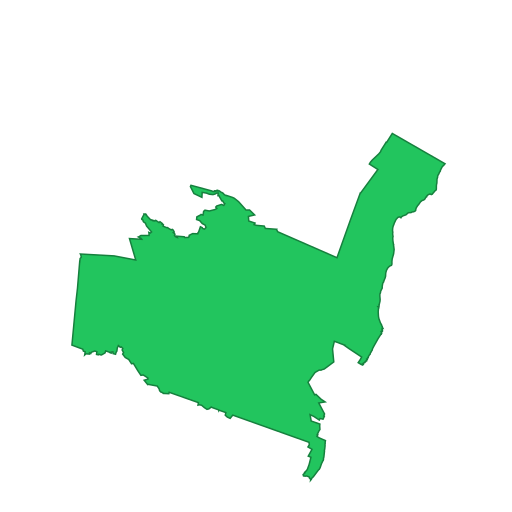 Salacgrīvas pag., Salacgrivas, Latvia (Robinson projection), rotated 208°
{"feature_id": "27541924B75150818202783", "entity_name": "Salacgrīvas pag.", "entity_type": "district", "adm_level": 2, "iso_a3": "LVA", "parent_name": "Latvia", "parent_adm1": "Salacgrivas", "projection": "robinson", "projection_center": [24.43, 57.695], "detail": "fine", "context": "isolated", "style": "filled", "palette": "green", "viewbox_px": 512, "rotation_deg": 208, "n_neighbors": 0, "source": "geoboundaries", "source_scale": "gbopen_adm2", "svg_char_len": 6067}
<svg xmlns="http://www.w3.org/2000/svg" viewBox="0 0 512 512"><g transform="rotate(208 256 256)"><path d="M412.0,175.3L411.2,174.7L409.7,172.9L410.1,171.2L408.9,168.2L409.0,168.2L398.4,143.5L393.9,132.1L376.7,90.9L365.2,92.4L363.8,91.0L361.8,91.2L360.8,88.2L360.2,89.8L356.8,91.3L357.5,92.4L356.4,92.6L356.5,92.7L355.6,94.5L354.4,95.6L353.9,96.4L351.6,96.8L350.6,94.2L348.8,94.7L348.7,95.4L346.2,95.9L345.5,96.8L343.8,99.6L344.2,101.6L340.7,102.2L339.4,102.1L338.4,102.3L338.9,103.0L337.4,104.2L336.4,102.7L333.9,103.3L334.3,105.1L334.2,106.7L335.3,109.7L335.5,112.3L333.0,111.7L332.3,112.5L330.2,111.9L330.1,110.2L327.6,108.6L327.7,106.8L323.8,105.0L319.8,104.9L315.3,102.4L313.8,103.6L306.6,99.3L301.6,96.6L299.7,98.0L294.3,97.6L293.6,96.6L296.4,93.8L291.2,91.6L290.8,92.1L282.2,94.8L279.1,93.2L278.3,92.2L277.4,91.6L276.1,91.2L275.3,91.4L273.9,91.4L273.4,91.1L268.3,93.5L268.7,94.9L238.0,99.5L237.2,97.1L236.2,98.0L234.0,98.7L230.4,97.9L227.3,97.6L225.8,98.9L225.1,100.4L225.1,100.8L224.5,101.7L223.7,101.6L216.7,102.6L216.3,102.1L216.3,102.5L209.1,103.6L208.4,101.0L205.7,100.3L202.6,100.5L201.8,104.6L121.7,116.4L120.3,114.3L120.5,111.8L115.8,111.6L115.9,103.8L113.0,104.1L111.2,96.8L110.5,91.7L110.7,90.2L111.5,87.7L111.0,87.5L111.8,85.1L110.8,84.1L109.0,84.8L108.1,85.5L105.5,85.9L105.1,85.7L104.7,85.1L103.4,84.8L103.4,84.6L102.6,84.1L102.5,83.8L102.3,84.7L102.7,84.8L102.7,85.0L101.7,88.1L100.4,96.5L100.0,97.4L100.0,99.2L100.7,103.6L100.7,104.3L100.8,106.7L100.7,107.2L101.1,108.6L101.6,109.2L101.6,110.1L104.0,116.1L104.5,116.6L104.6,117.6L105.9,120.8L106.8,122.4L106.9,123.0L107.5,124.0L108.0,125.6L114.8,125.1L117.5,125.3L117.5,127.1L118.1,127.0L118.3,131.1L118.1,132.8L120.0,135.9L120.7,137.6L129.8,136.2L133.8,141.3L129.7,141.5L123.1,140.9L123.2,142.6L120.2,143.4L120.4,146.6L121.1,146.6L121.3,148.7L131.6,155.7L126.5,159.6L131.3,160.1L138.1,162.0L139.0,160.9L150.8,168.9L150.7,170.8L150.4,171.0L150.0,175.2L149.2,180.9L146.7,184.9L144.9,185.8L144.5,186.5L142.7,188.2L137.6,199.0L144.8,209.9L146.8,217.5L136.7,218.8L136.8,218.7L130.6,217.9L115.3,216.4L115.3,213.7L115.7,209.8L112.1,209.6L110.6,209.8L110.6,210.1L111.0,210.3L111.2,210.6L110.4,210.9L110.9,211.6L110.9,211.9L110.0,212.7L110.1,213.1L109.8,213.4L110.0,214.0L109.5,214.4L109.6,214.9L109.2,215.3L109.6,215.6L109.5,216.0L109.3,216.3L109.5,216.5L109.3,216.7L109.6,216.9L109.4,217.0L109.6,217.2L109.4,217.5L109.6,217.7L109.4,218.2L109.6,218.6L109.2,219.0L109.5,219.3L109.5,221.0L109.4,222.0L109.1,222.8L109.5,224.4L109.4,225.1L109.2,225.5L109.4,226.5L109.2,227.4L109.6,228.8L109.6,232.3L109.4,240.6L109.0,245.3L108.8,245.5L109.1,245.7L109.0,246.2L108.7,246.6L109.0,247.3L109.5,247.6L109.5,247.9L110.0,248.1L109.2,248.8L109.5,249.0L109.4,249.5L109.8,249.6L109.8,250.1L110.3,250.4L110.2,250.8L110.7,251.3L110.5,251.7L110.1,251.8L111.1,252.5L111.3,252.9L112.4,253.6L112.6,254.0L114.9,255.5L118.2,258.5L119.6,260.3L121.9,264.1L123.5,267.8L123.3,268.0L124.4,268.5L123.9,268.7L123.7,269.4L124.2,270.1L124.2,270.5L124.5,270.7L124.4,270.9L125.3,274.3L126.0,275.9L127.8,278.7L128.8,280.6L128.8,281.8L129.4,283.5L129.5,287.0L130.2,288.2L131.2,291.2L131.3,292.4L131.1,293.1L131.4,293.9L131.7,297.2L132.1,299.0L133.3,301.5L133.8,303.2L134.1,304.9L134.0,307.7L133.2,309.9L132.0,311.4L132.2,312.7L133.4,314.9L134.4,317.4L135.5,322.5L137.1,326.6L139.8,330.4L139.8,330.7L140.4,331.2L142.4,333.9L143.9,336.4L144.0,337.3L145.7,339.6L146.4,341.3L147.3,342.4L148.4,344.8L148.9,346.7L149.1,348.9L149.3,349.5L149.5,354.0L148.8,356.8L147.6,358.0L146.0,357.8L146.0,358.7L145.2,360.3L142.9,362.8L142.0,365.3L141.5,365.9L139.5,367.1L138.6,368.4L137.5,369.1L136.5,370.6L136.4,371.1L137.0,372.8L137.1,374.1L136.9,376.6L136.6,377.5L136.2,381.0L135.3,383.1L134.3,384.1L133.7,385.2L133.6,387.5L133.3,388.1L133.5,388.1L133.2,389.8L132.7,391.0L131.5,392.5L130.1,392.5L129.5,393.2L129.3,393.6L129.4,394.1L129.1,394.8L128.5,397.7L128.0,398.6L128.0,399.3L128.3,400.0L129.8,402.9L130.4,404.6L130.5,405.2L132.3,408.9L132.6,410.7L133.2,412.1L133.2,413.5L133.1,414.1L133.3,415.9L133.1,417.5L133.4,418.2L133.5,421.7L133.3,422.9L132.9,423.9L132.4,426.2L193.2,428.2L194.0,417.6L194.5,417.6L195.2,408.2L195.0,406.5L195.5,403.9L198.4,395.3L199.0,392.5L199.1,390.4L189.0,389.6L193.2,360.7L193.5,360.6L189.6,332.5L183.7,292.5L248.2,287.6L250.3,289.0L250.3,289.3L260.7,284.7L262.8,286.3L270.2,283.2L272.4,282.8L272.3,284.6L278.8,283.5L281.3,287.4L276.5,291.6L283.3,293.6L286.3,291.9L296.9,295.8L302.3,296.8L304.2,296.7L310.6,295.6L310.7,295.3L313.1,295.3L314.2,296.0L315.0,295.8L315.6,296.1L316.7,295.9L318.9,296.3L319.7,295.8L320.6,296.1L320.8,295.6L321.2,295.5L321.0,295.2L322.3,294.6L322.0,294.5L322.4,293.7L323.2,293.5L323.3,293.1L323.5,293.0L324.3,293.0L324.6,292.6L325.6,292.7L346.6,287.9L346.5,286.5L340.1,282.0L331.3,282.4L333.4,286.9L329.2,288.3L326.3,288.6L322.8,290.0L321.0,291.8L320.3,293.1L318.9,293.8L317.9,291.4L317.0,291.8L312.0,288.6L311.3,289.0L309.0,287.6L308.1,287.6L308.2,285.5L310.6,285.4L314.2,281.7L314.5,280.3L312.9,279.6L314.1,277.7L318.4,273.8L322.6,272.5L323.2,270.8L322.0,267.3L324.0,266.9L324.0,266.6L326.6,262.8L325.6,260.3L322.3,260.8L318.7,259.4L315.4,259.4L313.5,257.7L314.1,255.5L316.1,255.3L316.8,255.8L318.8,255.7L317.9,250.0L318.2,249.5L317.8,248.3L322.5,246.0L324.7,242.9L324.1,241.6L324.5,241.0L324.5,240.6L327.7,238.8L328.4,239.3L335.3,236.3L334.1,235.4L334.5,235.3L336.2,235.3L337.6,235.8L337.8,237.2L338.9,237.7L340.0,237.8L339.5,238.8L341.2,240.0L342.5,240.2L343.1,239.3L345.9,239.3L347.4,239.6L348.1,239.1L352.0,238.7L352.4,240.1L354.0,240.1L353.9,240.7L356.9,241.2L357.3,240.0L361.1,240.4L361.3,240.0L361.7,240.1L362.4,239.0L363.9,239.2L364.0,238.7L365.6,238.8L366.0,238.5L370.9,240.1L372.0,240.8L372.3,240.6L372.9,240.8L372.9,241.2L373.4,241.2L374.7,240.4L374.4,240.1L374.4,235.1L374.0,234.7L372.6,234.6L371.7,233.5L371.1,233.3L369.1,233.1L366.7,231.1L359.5,228.2L360.1,226.6L361.7,226.5L360.9,225.5L360.1,223.9L367.0,220.2L367.4,219.9L368.3,218.2L368.8,217.6L365.6,217.6L364.7,217.1L375.9,212.0L360.3,196.0L381.3,189.5L412.0,175.3Z" fill="#22c55e" stroke="#15803d" stroke-width="1.5"/></g></svg>